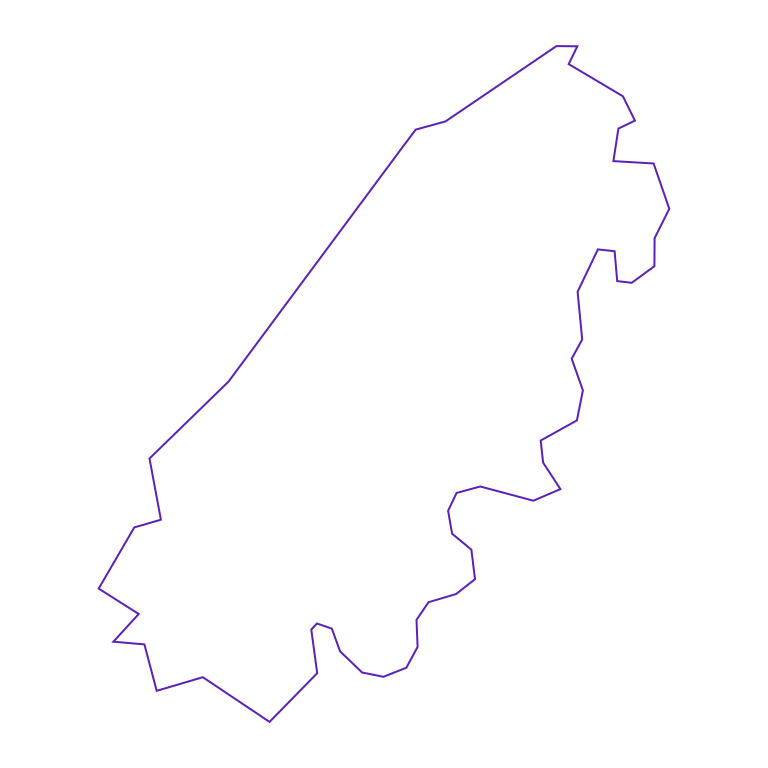 Rhea, Tennessee, United States of America (Natural Earth projection)
{"feature_id": "52423323B57247601892980", "entity_name": "Rhea", "entity_type": "district", "adm_level": 2, "iso_a3": "USA", "parent_name": "United States of America", "parent_adm1": "Tennessee", "projection": "natural_earth1", "projection_center": [-84.888, 35.617], "detail": "fine", "context": "isolated", "style": "outline", "palette": "violet", "viewbox_px": 768, "rotation_deg": 0, "n_neighbors": 0, "source": "geoboundaries", "source_scale": "gbopen_adm2", "svg_char_len": 806}
<svg xmlns="http://www.w3.org/2000/svg" viewBox="0 0 768 768"><path d="M269.5,721.9L317.2,673.2L311.3,629.6L316.9,623.5L331.8,628.6L340.1,651.4L362.1,672.5L383.5,676.8L406.4,667.7L417.6,646.9L416.5,619.9L428.5,602.2L456.1,594.0L475.0,579.2L471.4,549.7L452.1,533.7L448.1,510.8L456.6,492.9L480.3,486.5L533.3,500.7L560.4,489.1L543.1,462.6L540.7,440.5L576.9,420.4L582.9,390.4L571.7,358.7L582.2,339.5L577.6,291.8L597.9,249.4L614.6,251.2L617.2,281.1L631.7,282.8L654.4,266.2L654.6,238.2L669.3,208.8L653.6,163.5L613.4,161.1L618.4,128.6L634.9,120.6L622.9,96.3L568.7,64.1L577.3,46.3L556.4,46.1L445.5,121.4L415.7,129.6L401.3,148.8L228.5,381.6L149.5,458.5L160.9,519.7L134.3,527.4L98.7,588.6L138.7,614.0L113.4,641.7L144.4,644.4L156.7,690.8L202.8,677.2L269.5,721.9Z" fill="none" stroke="#5b21b6" stroke-width="2"/></svg>